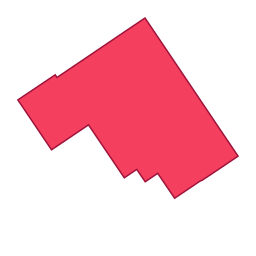 Guadalupe, New Mexico, United States of America, rotated 56°
{"feature_id": "52423323B63657680318402", "entity_name": "Guadalupe", "entity_type": "district", "adm_level": 2, "iso_a3": "USA", "parent_name": "United States of America", "parent_adm1": "New Mexico", "projection": "mercator", "projection_center": [-104.647, 34.782], "detail": "fine", "context": "isolated", "style": "filled", "palette": "rose", "viewbox_px": 256, "rotation_deg": 56, "n_neighbors": 0, "source": "geoboundaries", "source_scale": "gbopen_adm2", "svg_char_len": 416}
<svg xmlns="http://www.w3.org/2000/svg" viewBox="0 0 256 256"><g transform="rotate(56 128 128)"><path d="M212.3,128.6L212.3,98.1L212.8,95.6L212.9,75.6L212.9,65.4L212.9,52.5L180.0,52.5L103.4,52.4L76.1,52.4L63.7,52.4L46.3,52.4L46.3,82.9L46.4,158.6L43.2,158.6L43.1,203.6L103.3,203.6L103.3,159.0L167.2,158.9L167.2,143.9L182.2,143.8L182.2,128.7L212.3,128.6Z" fill="#f43f5e" stroke="#9f1239" stroke-width="1.5"/></g></svg>